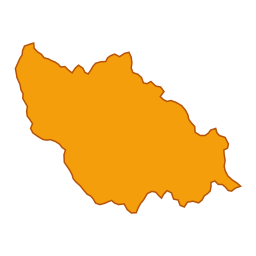 outline of Piraúba, Minas Gerais, Brazil
{"feature_id": "56859067B46314639324095", "entity_name": "Piraúba", "entity_type": "district", "adm_level": 2, "iso_a3": "BRA", "parent_name": "Brazil", "parent_adm1": "Minas Gerais", "projection": "natural_earth1", "projection_center": [-43.025, -21.261], "detail": "fine", "context": "isolated", "style": "filled", "palette": "amber", "viewbox_px": 256, "rotation_deg": 0, "n_neighbors": 0, "source": "geoboundaries", "source_scale": "gbopen_adm2", "svg_char_len": 1884}
<svg xmlns="http://www.w3.org/2000/svg" viewBox="0 0 256 256"><path d="M210.6,130.1L208.4,133.1L205.1,135.5L200.2,135.5L195.1,132.2L194.7,126.5L191.2,122.7L188.8,119.3L187.9,115.0L185.5,110.3L181.8,105.8L176.3,102.5L170.9,100.5L167.0,101.4L163.4,99.6L160.2,96.5L164.0,91.6L160.6,87.0L155.8,86.1L150.9,81.5L147.0,83.7L143.4,82.9L141.5,77.6L137.9,74.3L132.9,72.6L131.2,68.1L131.9,62.9L131.2,57.2L128.9,52.3L124.5,53.4L119.5,56.7L114.7,54.1L110.8,55.6L107.6,57.8L105.8,61.5L100.6,61.8L95.6,63.3L93.0,66.3L90.8,70.1L88.2,73.9L85.0,72.5L82.8,68.1L78.5,65.2L75.3,68.1L72.1,72.9L68.0,69.7L65.0,66.6L60.8,67.0L58.2,64.2L55.1,62.1L51.7,60.7L48.2,58.9L44.1,57.8L41.3,54.2L37.4,51.8L34.1,48.1L33.7,43.0L28.7,44.6L24.5,46.1L22.6,50.5L22.1,54.9L19.8,58.6L17.5,63.8L15.4,68.6L16.3,73.4L17.0,77.7L20.0,84.4L21.0,89.9L23.0,93.6L22.8,98.5L25.0,102.3L27.4,106.5L26.6,111.5L27.3,116.2L29.7,119.3L32.5,123.6L30.6,128.4L32.8,132.8L37.8,136.4L42.8,139.4L46.3,140.1L50.5,139.7L55.6,141.6L59.7,144.3L62.1,147.6L65.5,149.8L64.0,154.7L64.3,162.3L66.9,166.1L69.9,170.5L72.1,174.8L73.3,178.9L76.2,182.2L80.3,185.9L83.9,190.4L87.1,194.2L90.6,196.0L93.2,198.9L95.6,203.1L99.9,204.6L104.7,203.3L108.0,201.8L111.6,200.4L114.3,202.9L118.7,204.6L124.1,203.9L127.3,209.7L131.4,213.0L136.2,212.7L138.4,207.4L140.5,203.6L143.6,199.8L147.3,193.6L151.9,191.4L155.8,192.2L158.4,195.2L161.5,198.2L163.6,194.3L167.1,190.7L171.4,192.8L173.6,199.1L178.1,200.0L180.1,205.3L184.3,207.0L187.4,202.2L192.9,201.2L198.6,202.9L202.1,200.0L204.3,195.8L207.3,193.8L210.1,191.1L211.0,186.8L211.0,182.4L214.9,181.0L218.2,184.4L222.3,184.5L225.6,187.3L228.2,190.5L231.6,191.1L235.4,188.1L240.6,186.2L236.7,182.8L232.3,180.0L227.7,175.8L225.1,170.5L224.2,166.3L225.1,160.3L224.2,154.8L223.8,150.0L227.5,148.2L228.4,144.0L225.1,137.4L219.4,135.5L216.8,132.6L215.7,128.4L210.6,130.1Z" fill="#f59e0b" stroke="#b45309" stroke-width="1.5"/></svg>